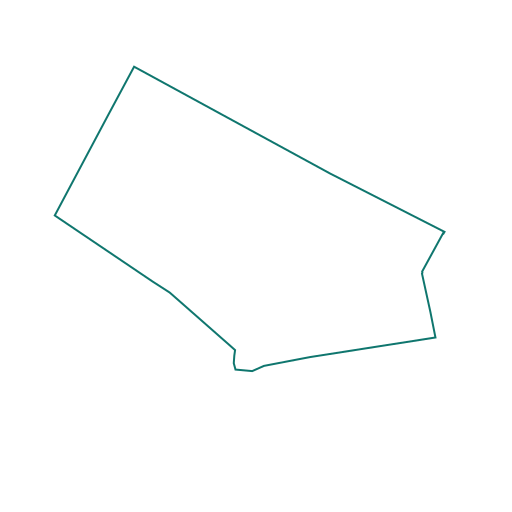 Amourj, Hodh ech Chargui, Mauritania (Equal Earth projection), rotated 208°
{"feature_id": "47542326B9245180339851", "entity_name": "Amourj", "entity_type": "district", "adm_level": 2, "iso_a3": "MRT", "parent_name": "Mauritania", "parent_adm1": "Hodh ech Chargui", "projection": "equal_earth", "projection_center": [-7.235, 15.827], "detail": "fine", "context": "isolated", "style": "outline", "palette": "teal", "viewbox_px": 512, "rotation_deg": 208, "n_neighbors": 0, "source": "geoboundaries", "source_scale": "gbopen_adm2", "svg_char_len": 464}
<svg xmlns="http://www.w3.org/2000/svg" viewBox="0 0 512 512"><g transform="rotate(208 256 256)"><path d="M315.0,183.2L235.6,164.4L230.3,163.1L228.4,157.9L225.3,150.9L220.8,146.1L205.3,152.6L197.4,162.7L171.7,183.4L162.6,190.7L160.6,192.3L59.3,268.3L75.7,288.4L101.2,318.4L101.2,319.3L102.0,320.3L101.5,363.8L101.0,363.8L100.9,365.8L229.2,363.6L452.5,365.9L452.7,311.8L452.7,197.3L335.2,184.9L315.0,183.2Z" fill="none" stroke="#0f766e" stroke-width="2"/></g></svg>